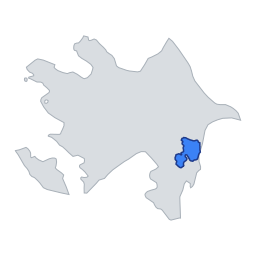 location of Salyan District, Salyan, Azerbaijan
{"feature_id": "54616110B55207089168458", "entity_name": "Salyan District", "entity_type": "district", "adm_level": 2, "iso_a3": "AZE", "parent_name": "Azerbaijan", "parent_adm1": "Salyan", "projection": "equal_earth", "projection_center": [49.031, 39.666], "detail": "fine", "context": "in_parent", "style": "filled", "palette": "blue", "viewbox_px": 256, "rotation_deg": 0, "n_neighbors": 0, "source": "geoboundaries", "source_scale": "gbopen_adm2", "svg_char_len": 5670}
<svg xmlns="http://www.w3.org/2000/svg" viewBox="0 0 256 256"><path d="M180.5,218.1L179.3,218.0L171.0,220.1L169.3,219.4L162.2,210.1L160.7,209.0L157.6,208.6L155.9,207.1L154.4,204.6L153.6,202.7L146.2,197.7L145.2,195.8L145.0,194.2L146.1,192.7L147.4,191.5L151.0,190.2L155.1,189.1L156.5,188.3L157.2,187.0L157.1,184.9L156.5,182.7L150.5,178.9L149.8,177.2L149.6,175.2L150.0,173.1L150.9,171.4L155.8,169.1L158.5,166.8L156.8,164.2L151.6,158.2L145.4,151.7L141.2,151.6L136.4,153.6L128.6,159.1L124.4,161.5L118.8,165.5L112.7,169.9L107.7,174.6L104.5,178.4L99.0,180.1L96.2,183.4L86.8,193.1L84.2,193.0L84.1,188.1L84.3,184.3L83.7,182.1L80.8,179.1L80.8,177.8L81.6,177.0L83.9,177.5L86.8,177.3L88.2,176.1L85.1,172.1L82.4,169.5L80.0,167.7L79.5,166.6L79.5,165.8L80.0,164.9L84.1,162.8L84.5,160.8L84.3,158.5L77.9,155.2L73.0,156.4L68.8,152.7L66.0,149.9L62.6,146.8L59.5,145.1L56.6,141.3L51.6,137.3L48.3,136.2L48.3,135.5L49.0,134.8L50.3,134.2L59.5,134.4L60.6,133.7L61.2,132.0L62.5,129.4L64.0,125.7L64.0,122.6L54.8,117.6L48.3,113.0L43.7,106.9L40.7,101.4L40.9,99.5L41.8,97.7L49.0,92.6L49.5,91.3L49.4,90.4L46.9,87.8L43.7,85.1L42.8,83.1L40.8,82.1L36.9,82.0L30.3,78.7L28.9,78.4L28.6,77.8L28.9,77.1L33.7,75.8L33.7,74.7L32.3,73.2L29.6,72.1L27.2,69.5L26.4,67.2L35.1,60.2L37.7,58.9L43.3,60.1L54.9,64.7L54.1,67.3L55.2,68.7L57.9,70.6L63.0,72.6L67.3,73.6L69.6,72.7L72.9,72.0L77.3,74.3L81.3,77.2L83.2,78.3L84.3,78.7L87.4,77.7L91.1,74.0L92.6,69.5L93.0,67.4L90.9,64.4L86.6,61.2L81.7,58.3L78.5,55.8L76.6,50.9L74.6,50.4L74.0,49.7L73.7,48.1L73.9,45.7L74.6,43.9L76.6,43.1L78.6,42.9L80.4,41.1L82.8,37.8L83.7,35.9L88.0,37.0L88.6,40.0L89.3,40.6L91.1,40.3L94.1,39.0L96.4,40.0L99.4,43.6L103.5,47.4L105.8,49.9L106.6,51.7L108.8,53.4L111.9,55.4L114.3,58.6L116.5,65.9L118.7,67.6L126.8,70.4L129.6,71.0L137.6,71.9L140.4,71.2L144.5,64.9L148.2,58.4L151.7,57.0L157.9,53.9L161.6,50.9L163.2,47.7L166.7,41.7L168.9,38.3L172.5,41.3L178.8,49.5L187.9,62.8L190.1,66.6L191.5,71.0L192.8,76.3L194.9,81.0L204.1,92.9L208.1,97.2L214.6,102.9L216.9,104.2L219.9,104.6L225.5,104.6L230.7,106.8L233.2,108.4L235.9,110.6L238.2,113.2L240.6,120.2L231.7,117.9L222.7,118.3L217.6,119.8L212.7,121.8L208.0,124.7L205.0,130.4L202.5,143.4L198.9,155.7L199.0,161.4L200.6,166.8L200.5,169.4L198.8,170.5L196.7,172.8L193.9,184.1L192.5,186.4L190.7,187.8L190.2,186.5L190.3,183.5L186.4,180.9L184.3,183.8L182.8,190.0L179.9,196.6L179.8,197.9L180.5,218.1ZM47.7,102.5L48.2,100.8L47.1,100.0L45.9,99.9L44.8,100.8L44.8,103.0L46.2,103.4L47.7,102.5ZM17.3,153.5L15.9,151.6L15.4,150.6L19.4,149.8L26.0,147.4L27.8,148.6L29.7,151.0L30.6,153.1L30.7,157.1L31.5,157.7L34.8,156.4L36.2,158.0L38.6,159.8L42.9,161.7L49.2,158.8L52.3,158.0L54.8,158.1L56.2,159.0L56.6,162.1L56.0,165.8L55.3,167.9L56.6,169.4L61.6,173.0L63.7,175.0L62.6,178.5L66.3,187.1L67.5,190.4L69.0,194.5L61.2,192.9L47.2,189.5L43.4,187.7L39.8,182.9L37.7,180.6L34.5,177.6L31.9,176.5L29.9,174.5L28.9,171.4L27.2,168.7L24.4,165.5L18.1,154.6L17.3,153.5ZM27.0,80.9L26.1,81.5L24.8,80.9L24.4,79.6L24.6,78.2L25.9,77.9L26.9,78.3L27.2,79.5L27.0,80.9Z" fill="#d9dde1" stroke="#a8b0b8" stroke-width="1"/><path d="M199.8,142.7L199.6,142.6L199.2,142.6L198.7,142.4L198.3,142.0L198.2,141.6L198.1,141.1L197.6,140.6L197.2,140.2L196.7,140.2L196.2,140.2L195.7,140.4L195.2,140.6L194.6,140.8L194.0,140.8L193.3,140.8L192.8,140.7L192.2,140.4L191.8,140.3L191.0,140.1L190.5,140.0L189.7,139.7L188.9,139.3L188.4,139.1L187.6,138.8L186.8,138.4L186.2,138.0L185.8,137.8L185.0,137.7L184.4,137.7L183.8,137.5L183.7,137.6L183.3,137.8L183.1,138.0L182.9,138.2L182.5,138.5L182.1,138.4L181.9,138.7L181.7,139.0L181.6,139.3L181.4,139.8L181.3,140.2L181.5,140.4L181.9,140.8L182.3,140.9L182.6,141.2L182.8,141.6L182.8,142.0L182.6,142.2L182.3,142.6L182.1,143.1L182.1,143.5L182.2,144.0L182.4,144.3L182.8,144.6L183.2,145.0L183.7,145.5L183.8,146.2L183.5,146.7L183.3,147.4L183.1,147.9L183.2,148.4L183.4,149.1L183.5,149.7L183.5,150.3L183.6,151.0L183.6,151.4L183.5,151.5L183.2,151.8L182.7,152.1L181.9,152.4L181.3,152.6L181.0,153.2L181.1,153.6L181.6,154.1L181.6,154.6L181.2,154.9L180.9,154.8L180.3,154.5L179.8,154.1L179.3,153.9L178.7,153.8L178.3,153.9L177.9,154.1L177.2,154.4L176.5,154.5L176.2,154.7L176.0,154.8L175.9,155.4L175.7,156.0L175.5,156.7L175.2,157.3L175.1,157.7L175.1,158.1L175.2,158.7L175.2,159.4L175.6,159.9L176.0,160.4L176.5,160.8L176.7,161.4L176.6,162.1L176.4,162.5L176.2,163.1L176.1,163.7L176.1,164.2L176.1,164.3L176.3,164.5L176.7,164.8L177.2,165.2L177.4,165.4L177.7,165.7L178.0,166.1L178.4,166.4L178.8,166.7L179.3,167.1L180.0,167.5L180.3,167.6L180.8,167.7L181.1,167.7L181.7,167.4L182.0,167.1L182.3,166.9L182.8,166.4L183.4,166.3L183.5,165.9L183.8,165.5L183.6,165.0L183.5,164.5L183.5,163.9L183.5,163.3L183.6,162.8L184.0,162.1L184.3,161.7L184.6,161.5L185.1,161.2L185.5,160.7L185.9,160.6L186.4,160.1L186.7,159.6L186.8,159.0L186.8,158.7L186.8,158.3L186.5,157.9L186.1,157.5L185.7,157.2L185.3,156.8L185.2,156.3L185.2,155.5L185.2,155.4L185.5,154.9L186.0,154.8L186.5,154.8L186.9,155.0L187.2,155.4L187.4,155.9L187.6,156.2L188.2,156.8L188.4,157.2L188.6,157.6L188.7,158.1L189.0,158.4L189.4,158.8L189.4,159.3L189.6,159.7L189.8,160.1L190.1,160.3L190.4,160.6L190.6,160.8L191.2,160.9L191.6,161.0L192.1,161.1L192.7,161.2L193.1,161.0L193.4,160.8L193.5,160.5L193.9,160.3L194.3,160.0L194.8,159.9L195.6,159.9L196.0,159.8L196.7,159.5L197.0,159.4L197.2,159.0L197.5,158.9L197.6,158.5L197.8,158.0L198.0,157.5L198.1,157.0L198.2,156.6L198.4,155.8L198.5,155.2L198.7,154.5L199.0,153.9L199.1,153.6L199.3,153.3L199.5,153.0L199.7,152.8L199.9,152.5L200.1,152.3L200.3,152.1L200.2,151.7L200.2,151.2L200.1,150.7L199.9,150.1L199.9,149.6L200.0,148.9L199.9,147.6L200.0,146.6L199.8,145.5L199.8,144.8L199.9,144.1L199.8,143.4L199.8,142.8L199.8,142.7Z" fill="#3b82f6" stroke="#1e3a8a" stroke-width="1.5"/></svg>